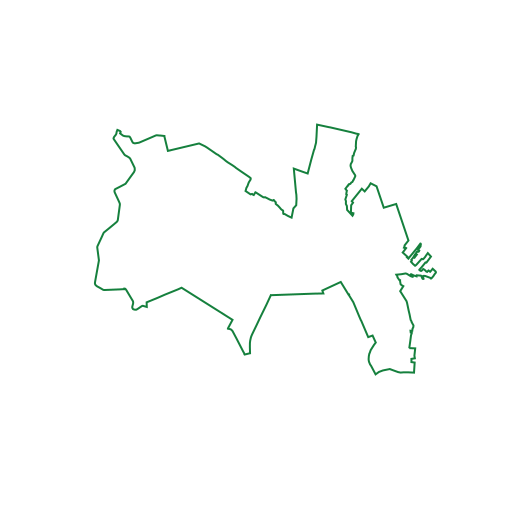 Horia, Constanta, Romania, rotated 244°
{"feature_id": "2599482B9028808078144", "entity_name": "Horia", "entity_type": "district", "adm_level": 2, "iso_a3": "ROU", "parent_name": "Romania", "parent_adm1": "Constanta", "projection": "natural_earth1", "projection_center": [28.113, 44.634], "detail": "fine", "context": "isolated", "style": "outline", "palette": "green", "viewbox_px": 512, "rotation_deg": 244, "n_neighbors": 0, "source": "geoboundaries", "source_scale": "gbopen_adm2", "svg_char_len": 6061}
<svg xmlns="http://www.w3.org/2000/svg" viewBox="0 0 512 512"><g transform="rotate(244 256 256)"><path d="M81.9,346.9L90.7,351.9L92.5,349.2L95.4,350.6L94.4,353.9L97.0,354.7L103.2,358.6L106.0,353.4L105.9,353.3L111.8,357.3L116.8,360.6L118.5,362.3L119.4,361.5L121.1,362.1L120.2,363.6L122.0,364.8L123.1,366.2L124.2,366.9L124.6,367.1L126.4,367.0L128.4,366.9L128.9,367.1L130.8,367.0L136.1,368.4L140.1,369.3L147.6,371.2L149.4,371.5L161.2,370.2L164.3,375.2L166.1,374.0L167.3,373.6L170.3,374.5L171.1,374.9L171.5,374.3L174.2,373.9L174.6,373.8L175.1,373.9L175.6,374.1L176.9,374.1L177.4,373.9L177.7,373.9L175.9,378.7L174.8,382.6L174.6,383.0L173.7,383.9L170.2,386.1L169.2,387.0L168.6,387.7L169.0,388.2L171.2,386.6L171.5,386.8L171.7,387.1L171.6,387.5L169.2,389.4L167.3,391.4L168.2,392.0L167.0,394.0L166.3,395.3L166.0,395.7L165.6,395.8L163.9,395.7L163.0,395.7L162.4,395.8L162.1,396.2L162.0,396.5L162.3,396.7L164.8,397.1L164.7,397.7L164.6,398.2L163.8,399.4L161.7,401.4L159.9,403.1L159.5,403.2L159.2,403.2L159.0,403.4L159.1,404.1L160.1,406.5L161.1,408.1L162.0,409.9L162.2,410.4L163.2,410.7L167.1,409.2L166.1,407.1L165.5,405.6L166.6,405.1L167.3,404.8L167.4,404.7L166.7,402.9L167.0,402.6L167.3,402.3L168.3,402.0L169.8,401.4L171.0,400.6L170.2,398.5L170.2,398.1L170.2,397.8L170.5,397.5L171.5,396.8L171.8,396.7L172.1,396.8L173.3,399.9L175.1,403.8L175.9,405.4L175.8,405.9L175.4,406.1L175.4,406.4L178.8,413.0L183.3,411.7L181.8,408.9L181.0,407.6L180.0,405.3L179.9,404.9L179.9,404.6L180.7,403.9L180.8,403.6L177.9,396.5L177.6,395.6L177.5,394.7L180.1,393.6L182.9,392.8L183.5,394.0L184.4,393.9L185.9,396.9L185.0,397.5L185.1,398.0L185.5,398.6L186.0,398.5L186.7,398.1L187.3,399.0L186.2,400.1L186.8,401.2L188.0,400.3L189.3,402.5L188.8,403.3L188.6,404.0L188.7,404.4L189.3,405.1L190.1,404.5L190.3,404.4L190.5,404.4L190.6,404.5L192.4,408.0L192.6,408.2L193.2,408.3L193.6,408.9L193.9,409.1L194.5,409.4L194.9,409.4L195.1,409.2L192.2,403.5L191.0,400.8L189.5,397.6L188.1,394.4L186.8,391.8L188.8,391.1L189.1,391.7L194.8,389.4L197.3,394.4L197.5,394.3L197.7,393.5L198.6,392.6L199.7,393.9L200.4,394.2L203.1,399.8L241.3,404.8L243.4,392.0L265.8,394.9L271.1,390.9L269.1,387.9L266.4,382.0L270.1,380.6L263.3,366.1L261.4,366.6L259.9,363.8L254.1,360.7L253.6,360.6L252.8,361.0L251.7,362.3L250.7,361.6L249.9,360.4L257.5,358.1L261.1,359.6L263.4,359.6L265.9,360.9L267.7,361.1L271.2,364.5L272.0,364.2L274.7,366.1L274.8,366.3L277.2,365.8L279.4,370.1L279.2,370.2L279.8,370.9L279.8,371.3L279.5,372.1L279.6,372.7L280.0,373.3L280.3,374.0L280.3,375.0L280.6,375.6L281.3,376.3L281.5,376.6L281.5,376.9L284.1,380.1L284.5,380.4L285.3,380.5L290.2,379.9L293.7,380.1L295.6,380.5L297.0,381.4L298.8,383.9L299.4,384.4L301.8,385.6L303.6,386.8L303.5,387.7L304.6,388.6L305.2,389.0L305.8,389.6L307.6,391.6L308.2,392.4L309.1,393.1L310.0,393.6L310.5,393.6L315.0,396.1L315.6,396.5L317.1,397.7L319.4,399.9L320.0,400.9L320.5,401.6L321.0,401.2L321.8,400.0L325.3,396.1L339.3,378.8L339.6,378.3L347.3,368.5L336.6,362.6L331.5,359.6L330.3,358.6L328.7,357.2L327.3,356.1L326.2,355.1L326.1,354.8L318.6,348.1L307.5,338.6L311.2,334.9L318.0,328.3L295.8,319.9L293.3,319.1L289.6,317.5L284.0,314.4L282.4,310.5L274.9,304.8L275.7,304.1L278.1,302.2L281.1,300.2L281.6,299.3L281.8,299.1L282.1,299.1L282.5,299.2L284.7,300.2L285.0,300.2L286.3,299.4L287.2,299.0L288.9,298.6L291.6,297.8L293.9,296.7L294.2,296.6L295.2,297.0L295.5,297.3L296.3,297.2L296.8,296.9L297.3,296.7L298.4,296.6L298.6,296.4L298.5,295.6L298.6,295.1L300.8,293.0L303.0,291.4L304.9,289.9L305.1,288.9L305.9,288.1L313.0,283.8L313.5,283.4L311.8,280.7L312.4,280.2L313.5,279.7L313.8,278.1L319.0,275.1L321.4,277.2L322.7,279.1L324.4,280.8L325.4,281.9L327.0,284.5L327.7,285.1L328.4,285.3L330.1,284.5L338.1,279.9L344.0,276.6L345.4,276.0L348.2,274.4L352.7,271.6L354.6,270.6L357.1,269.5L359.3,268.4L363.7,266.1L364.8,265.2L374.8,259.6L376.9,258.3L382.1,254.2L389.1,222.9L403.3,226.0L404.0,226.3L406.1,223.0L406.4,222.4L407.8,220.1L408.1,219.5L408.2,219.1L408.3,218.2L408.4,215.6L409.1,200.9L409.3,199.9L410.1,197.3L410.3,196.6L410.7,196.0L411.2,195.5L411.5,195.2L412.1,195.0L413.0,194.9L417.4,194.9L418.6,194.7L418.8,194.5L419.1,194.3L420.2,192.2L421.3,190.5L422.1,189.6L422.6,189.2L425.8,187.6L426.9,188.8L427.9,188.6L430.1,186.7L428.6,185.1L427.4,184.3L426.9,183.8L426.5,183.3L425.3,180.8L424.7,180.0L424.3,179.6L423.9,179.4L422.8,179.5L420.7,179.8L405.2,182.1L404.4,182.3L403.8,182.6L401.9,184.0L400.3,185.0L399.4,185.4L398.7,185.6L388.9,185.6L388.2,185.5L387.5,185.2L386.2,184.6L384.9,183.1L382.3,178.2L378.1,170.4L377.9,164.1L377.8,158.8L377.7,158.5L377.0,157.6L376.1,157.1L375.7,157.0L375.0,156.9L364.7,156.7L363.2,156.6L362.6,156.5L361.7,156.1L361.1,155.7L349.1,147.7L348.5,147.2L348.1,146.6L347.7,145.8L346.3,140.2L343.8,129.6L343.3,128.8L341.2,126.3L334.3,117.8L333.6,117.2L332.5,116.8L320.9,112.9L303.4,100.1L302.2,99.3L301.4,99.1L300.9,99.0L300.2,99.1L299.4,99.4L298.5,99.8L295.1,102.2L293.4,103.3L292.5,103.9L291.9,104.8L285.9,118.5L284.3,122.3L284.0,122.8L284.5,123.2L284.2,123.8L283.7,124.2L282.2,124.5L269.2,125.6L268.2,125.3L267.0,124.6L264.7,122.6L263.7,122.1L262.6,122.2L262.2,122.2L261.7,122.6L261.0,123.4L260.4,124.4L260.2,125.0L260.4,127.2L261.0,131.2L261.0,132.0L260.8,132.5L258.1,135.5L262.3,137.4L261.5,149.7L261.2,157.1L260.2,171.4L260.1,175.2L230.9,193.3L208.9,206.9L203.2,199.0L203.0,198.9L201.4,200.9L200.9,201.3L199.9,201.7L198.8,202.0L190.2,202.3L176.0,202.6L174.2,202.7L173.3,202.7L172.8,202.5L172.4,202.6L171.3,207.7L171.2,208.0L176.9,210.6L180.5,212.4L182.5,213.7L183.5,214.5L185.0,215.7L186.1,216.8L187.3,218.2L193.6,226.2L198.9,232.8L207.7,244.1L214.3,252.2L214.2,252.3L196.8,291.5L192.8,300.1L195.9,300.5L195.5,320.8L180.9,322.2L180.9,322.7L180.5,322.8L180.2,322.5L179.8,322.4L171.8,323.2L156.7,322.3L152.3,322.1L151.6,322.2L133.9,321.3L133.4,325.9L125.7,325.7L124.4,323.1L121.1,317.8L119.0,315.7L118.7,315.2L117.7,314.4L116.5,313.5L114.1,312.1L112.9,311.6L111.4,311.2L109.9,311.1L108.6,311.0L106.7,311.3L106.4,311.3L97.2,311.6L97.9,315.7L97.5,319.9L95.8,326.6L89.4,332.8L87.8,334.9L86.7,337.8L85.0,341.3L81.9,346.9Z" fill="none" stroke="#15803d" stroke-width="2"/></g></svg>